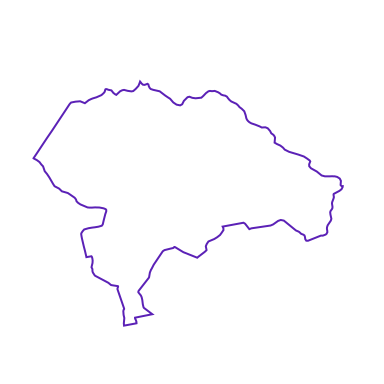 South Sudan, Albers equal-area conic projection, rotated 169°
{"feature_id": "SSD", "entity_name": "South Sudan", "entity_type": "country or territory", "adm_level": 0, "iso_a3": "SSD", "parent_name": "Africa", "parent_adm1": "", "projection": "albers", "projection_center": [30.346, 7.857], "detail": "fine", "context": "isolated", "style": "outline", "palette": "violet", "viewbox_px": 384, "rotation_deg": 169, "n_neighbors": 0, "source": "natural_earth", "source_scale": "50m", "svg_char_len": 3901}
<svg xmlns="http://www.w3.org/2000/svg" viewBox="0 0 384 384"><g transform="rotate(169 192 192)"><path d="M306.6,290.2L300.3,296.6L295.7,301.3L294.9,302.0L293.6,302.9L289.1,302.9L284.5,302.4L280.2,299.6L275.9,301.8L273.2,302.5L271.6,302.8L267.7,303.2L262.4,304.4L259.9,305.9L258.6,307.0L257.5,309.2L257.0,309.4L256.0,309.2L254.6,308.3L251.7,307.1L250.3,304.3L248.9,302.7L247.8,301.8L243.3,304.6L241.0,305.2L239.2,305.2L235.9,303.6L232.2,302.3L230.4,302.3L227.5,304.0L224.3,306.4L222.7,308.9L221.9,310.3L221.3,309.2L220.8,308.1L219.7,306.7L218.1,306.2L216.7,306.4L215.1,306.7L214.3,305.9L214.2,304.0L213.7,302.3L212.9,301.0L210.6,299.7L204.5,297.0L199.8,291.7L197.4,289.3L195.7,287.7L193.3,283.5L190.5,280.7L187.1,279.3L184.9,280.0L182.6,283.0L178.3,285.9L176.3,286.0L173.8,284.4L170.6,283.3L164.8,282.8L162.5,284.2L159.4,286.4L156.7,287.7L155.1,287.8L153.6,287.3L151.9,287.0L150.4,286.9L147.3,284.9L145.7,283.4L144.7,282.0L143.0,281.0L141.0,280.2L139.5,278.9L138.8,277.3L137.7,275.3L136.2,273.4L131.6,270.1L130.2,268.2L129.2,266.3L127.3,264.2L125.3,261.3L124.7,257.3L124.6,254.0L124.2,252.4L123.4,250.9L122.4,249.6L120.7,248.1L117.0,246.0L113.1,243.5L111.2,242.0L107.6,241.5L105.5,240.1L103.7,237.0L103.0,234.5L101.2,232.6L100.5,231.2L100.1,229.6L101.5,224.7L99.5,222.9L96.4,220.7L94.2,218.2L92.9,215.9L89.0,212.9L80.4,208.4L75.4,205.5L72.7,202.9L70.4,200.4L70.1,199.4L71.7,196.9L72.0,194.9L70.7,192.6L65.6,188.3L61.6,183.5L58.5,182.0L51.0,180.6L48.8,180.1L46.6,179.1L44.4,177.0L43.7,174.5L44.8,170.5L44.1,169.3L42.9,169.0L43.2,168.1L44.7,166.2L47.0,165.0L53.2,163.1L53.6,162.3L53.7,159.9L54.3,158.6L56.4,155.2L56.8,153.9L56.9,150.9L57.2,149.5L57.8,148.6L59.6,146.9L60.2,145.8L60.4,143.6L60.3,139.1L61.2,137.4L65.2,133.4L66.2,131.6L66.6,130.0L66.6,128.4L66.8,126.7L68.0,125.2L69.0,124.7L71.9,124.2L73.8,124.6L87.5,122.0L89.1,122.4L89.8,124.0L89.7,126.6L89.9,127.9L90.7,128.8L92.8,130.1L94.3,132.2L95.1,132.9L97.3,134.4L107.3,146.4L110.2,147.6L113.0,147.2L118.5,144.7L121.3,144.1L140.6,145.0L142.8,144.6L145.9,150.7L147.3,152.0L168.5,152.2L168.1,150.5L168.4,148.6L170.8,146.2L172.1,145.0L172.6,144.5L175.9,142.8L179.1,141.6L185.3,140.3L187.5,138.1L188.8,136.1L188.8,132.2L189.6,131.6L191.1,130.7L198.2,127.2L199.4,126.5L212.0,134.6L219.0,141.0L219.5,141.3L219.8,141.4L220.2,141.2L220.5,140.9L221.0,140.7L221.4,140.6L224.4,140.5L230.1,140.2L232.0,139.4L243.4,128.0L246.3,124.3L247.0,123.6L248.7,121.0L250.4,116.5L250.8,116.0L263.2,105.2L263.7,104.4L263.8,103.7L261.9,100.1L261.5,98.3L261.4,95.5L261.7,91.1L261.6,88.3L261.5,88.0L261.4,87.6L261.3,87.4L254.3,79.6L271.9,79.5L272.0,78.8L272.0,78.5L271.9,78.1L271.6,77.2L271.4,76.0L271.3,75.6L271.4,75.3L271.5,74.6L271.5,74.3L271.5,74.1L271.4,73.9L271.5,73.7L284.2,73.8L284.0,76.0L282.5,81.2L282.6,84.4L282.2,87.9L282.1,88.2L281.8,89.0L281.5,89.5L281.1,89.9L281.0,90.0L280.9,90.3L280.9,90.7L283.7,110.7L283.6,111.3L283.5,111.6L282.8,112.8L282.6,113.3L282.6,113.6L282.9,113.8L288.7,115.9L289.0,116.1L289.3,116.2L291.4,118.8L303.0,128.2L303.4,128.7L304.6,131.7L304.7,132.1L304.8,132.9L304.8,133.4L304.5,135.2L304.6,136.0L304.8,136.5L305.0,137.2L305.0,137.3L304.9,137.5L304.8,137.8L303.2,141.3L302.6,143.7L302.5,145.8L302.6,147.0L302.8,147.8L303.0,148.1L308.1,148.2L308.1,149.3L308.3,154.7L308.6,159.5L308.9,167.4L308.9,169.4L308.8,172.0L308.2,173.0L306.8,174.4L305.0,175.8L300.5,176.2L296.8,176.1L294.1,175.9L290.5,175.8L287.0,176.1L285.8,177.2L284.0,181.2L281.3,186.9L279.9,189.3L279.6,190.7L280.0,191.6L281.8,192.8L285.7,194.4L290.2,195.4L293.5,195.8L295.8,196.3L297.5,196.8L303.9,201.1L305.9,203.1L307.1,204.9L307.3,206.8L308.3,208.8L312.0,212.6L314.1,214.7L319.6,217.5L321.8,220.7L323.8,222.3L325.8,223.9L326.8,226.4L329.3,233.6L330.9,237.4L332.6,240.5L333.3,245.6L334.7,247.8L336.0,250.5L338.3,253.0L340.7,254.9L341.1,255.4L336.2,260.3L330.7,265.9L324.4,272.3L317.4,279.2L312.0,284.7L306.6,290.2Z" fill="none" stroke="#5b21b6" stroke-width="2"/></g></svg>